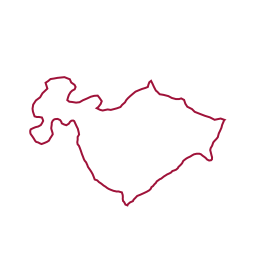 outline of Lachin District, Laçın, Azerbaijan, rotated 160°
{"feature_id": "54616110B46945931752574", "entity_name": "Lachin District", "entity_type": "district", "adm_level": 2, "iso_a3": "AZE", "parent_name": "Azerbaijan", "parent_adm1": "Laçın", "projection": "orthographic", "projection_center": [46.409, 39.71], "detail": "fine", "context": "isolated", "style": "outline", "palette": "rose", "viewbox_px": 256, "rotation_deg": 160, "n_neighbors": 0, "source": "geoboundaries", "source_scale": "gbopen_adm2", "svg_char_len": 3017}
<svg xmlns="http://www.w3.org/2000/svg" viewBox="0 0 256 256"><g transform="rotate(160 128 128)"><path d="M34.5,102.6L37.7,105.2L43.8,106.1L47.4,110.0L51.5,113.1L55.3,116.4L59.8,120.4L61.4,123.9L65.0,127.7L65.8,131.2L65.7,135.2L67.9,137.6L70.1,137.7L73.1,138.8L76.5,141.2L79.2,144.2L83.3,147.0L86.7,148.9L88.1,152.1L89.0,153.6L89.2,154.9L89.6,158.1L89.8,160.9L90.2,164.4L92.3,163.7L94.1,161.6L95.3,159.8L97.9,159.7L101.5,159.9L104.4,159.8L108.5,159.6L111.6,158.5L115.1,157.2L117.9,156.0L120.1,154.8L122.1,153.1L125.7,151.7L127.9,150.3L131.7,150.3L135.1,150.6L138.0,150.9L140.8,152.4L145.8,153.1L147.9,154.5L150.6,157.3L148.6,157.9L145.5,159.9L143.5,162.2L144.5,166.1L145.4,168.8L148.8,169.8L152.3,170.1L156.8,169.7L160.8,169.5L164.7,168.8L168.1,169.6L171.7,171.6L174.2,172.8L175.5,175.0L173.7,177.5L172.2,179.3L169.7,181.3L167.6,182.2L164.9,182.6L163.2,184.5L163.5,186.9L165.8,190.2L166.0,193.7L166.6,194.2L170.3,197.5L177.0,199.2L180.6,199.8L184.1,200.5L187.0,199.4L190.0,198.7L190.3,192.6L196.5,189.9L200.1,186.9L205.1,185.4L209.1,182.4L209.2,182.2L211.1,178.8L211.7,176.0L211.8,172.8L211.8,170.9L209.9,169.5L208.1,168.9L206.8,168.2L205.3,167.3L205.2,165.2L205.3,163.7L207.1,162.0L208.9,160.6L211.8,160.1L214.6,160.4L217.1,160.3L219.9,160.0L220.9,158.7L221.5,156.7L221.5,155.9L221.5,155.5L220.6,152.3L220.1,150.2L219.6,147.6L219.0,146.3L217.4,145.2L215.9,143.5L214.7,142.5L211.8,142.5L208.7,142.7L206.6,143.2L204.6,145.0L203.2,146.0L200.9,147.8L200.6,149.1L200.5,150.8L200.4,152.9L200.2,154.1L199.2,156.0L198.6,157.1L197.9,158.9L196.6,160.3L195.0,161.2L193.5,161.3L191.0,160.6L189.1,158.7L188.6,156.9L188.6,155.0L186.9,153.2L185.0,151.7L182.1,152.3L180.4,153.6L178.7,154.2L177.0,153.8L176.2,152.9L175.7,147.0L175.4,144.5L175.8,140.8L176.2,138.6L178.4,136.8L179.3,134.2L180.5,132.1L180.9,129.9L180.2,128.1L180.1,125.6L180.1,122.7L180.2,119.2L180.1,116.4L180.1,114.1L179.9,112.2L179.1,110.0L179.0,108.2L178.9,107.6L178.9,105.1L178.0,101.7L177.6,100.0L177.5,99.6L177.0,96.6L176.9,93.5L176.9,91.0L174.8,89.3L173.8,87.1L172.5,85.4L171.6,84.0L170.6,82.3L169.1,80.4L168.4,79.2L167.0,77.4L165.4,75.9L163.1,73.9L161.8,73.1L160.4,72.2L158.6,71.6L157.1,70.5L155.8,69.6L155.9,66.8L156.5,64.8L157.2,63.2L157.6,61.1L157.3,60.6L156.9,59.4L156.6,56.9L155.0,55.5L154.3,56.3L153.1,56.8L151.4,57.4L148.4,57.6L147.3,58.7L144.6,60.0L142.6,61.0L139.1,61.1L135.2,61.4L132.1,61.7L129.3,62.2L127.4,63.1L126.2,64.4L124.3,64.9L122.6,66.0L120.4,67.0L119.3,68.0L117.4,68.5L115.7,69.0L114.0,69.1L112.3,69.7L110.4,70.3L109.2,70.5L107.1,71.0L104.4,71.2L102.7,71.5L101.0,72.4L99.1,72.3L97.0,72.4L94.9,73.2L94.0,74.1L92.3,74.8L90.6,75.6L89.2,76.4L87.3,78.2L85.2,78.9L83.5,79.4L81.6,79.7L79.2,79.9L77.0,80.4L75.0,80.7L72.1,80.3L69.7,79.4L68.4,78.3L67.4,76.5L66.2,74.8L65.2,73.2L64.5,71.4L62.9,69.7L60.9,69.3L59.8,69.9L59.0,71.8L58.9,73.6L58.6,76.2L58.3,79.1L57.2,80.8L55.0,82.6L52.8,85.3L50.9,86.4L48.8,87.4L46.8,88.6L44.5,91.9L42.5,93.8L40.1,96.3L38.4,98.8L36.6,100.7L35.0,102.4L34.5,102.6Z" fill="none" stroke="#9f1239" stroke-width="2"/></g></svg>